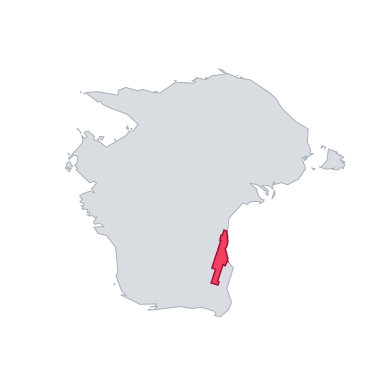 location of Dundas, Western Australia, Australia, rotated 288°
{"feature_id": "25037944B97036074912579", "entity_name": "Dundas", "entity_type": "district", "adm_level": 2, "iso_a3": "AUS", "parent_name": "Australia", "parent_adm1": "Western Australia", "projection": "equal_earth", "projection_center": [126.268, -32.126], "detail": "fine", "context": "in_parent", "style": "filled", "palette": "rose", "viewbox_px": 384, "rotation_deg": 288, "n_neighbors": 0, "source": "geoboundaries", "source_scale": "gbopen_adm2", "svg_char_len": 6008}
<svg xmlns="http://www.w3.org/2000/svg" viewBox="0 0 384 384"><g transform="rotate(288 192 192)"><path d="M258.1,70.9L261.3,91.6L266.0,90.6L271.0,96.7L271.5,109.3L274.4,113.7L274.8,125.3L276.7,131.3L291.3,142.5L296.2,160.6L297.9,161.6L298.3,158.3L301.4,161.6L302.0,160.0L302.8,169.2L304.6,171.9L308.6,174.8L315.8,190.1L314.7,200.3L316.7,212.4L310.6,234.8L306.9,242.9L299.0,252.0L290.7,269.8L287.8,283.0L275.5,286.1L269.0,291.7L265.2,292.2L266.0,295.4L260.6,290.7L261.5,289.6L261.2,288.5L260.1,288.4L258.0,290.5L256.7,289.2L259.2,287.3L258.0,285.8L249.6,292.9L237.5,289.4L228.5,280.8L228.5,274.0L224.4,267.8L226.3,268.0L226.3,266.2L219.7,268.0L221.9,263.4L219.7,256.7L217.0,264.4L212.1,265.1L213.0,262.6L215.3,262.5L219.0,252.0L218.4,244.0L214.8,252.4L209.8,255.6L206.4,260.6L206.8,263.1L204.9,262.8L201.9,260.0L203.8,259.9L202.6,255.0L199.8,249.4L197.3,248.7L197.1,243.8L178.6,235.3L147.0,241.7L137.0,247.5L132.6,254.7L110.8,255.1L99.2,263.7L91.2,263.1L82.0,257.4L81.6,251.5L83.9,252.5L85.6,248.9L85.3,236.9L81.2,227.8L79.4,216.2L68.1,191.9L72.3,194.5L69.6,187.1L71.5,191.5L74.6,192.8L69.1,177.4L72.2,155.9L73.1,161.0L76.5,155.4L88.8,145.6L93.2,146.1L115.8,136.6L124.2,123.9L123.6,115.6L128.1,109.6L131.9,118.9L133.9,113.7L131.4,110.0L132.1,107.8L139.6,109.3L137.2,108.4L138.8,104.7L137.4,101.5L141.4,101.0L140.0,98.6L143.3,98.3L142.2,94.8L145.0,90.8L145.3,93.2L147.6,92.9L147.8,88.4L151.1,90.0L153.2,86.4L156.8,88.9L161.5,95.1L160.7,100.1L163.9,95.3L170.7,98.4L172.1,95.8L169.1,92.0L177.2,75.0L178.8,76.1L181.5,71.9L182.4,73.7L190.7,72.4L190.5,68.2L185.0,65.2L185.9,64.2L205.6,73.0L211.4,69.8L209.9,73.1L212.3,75.0L215.3,70.9L217.9,74.3L214.7,81.9L211.2,82.6L211.3,88.0L208.0,96.6L225.6,112.0L230.4,113.5L231.8,117.2L239.8,119.8L245.9,106.4L246.8,86.9L247.9,79.5L249.9,77.7L248.5,74.3L253.7,60.1L258.1,70.9ZM255.2,307.0L264.0,310.7L275.1,308.4L274.8,318.5L274.2,316.7L272.9,318.9L271.9,325.5L268.3,322.8L265.3,328.9L260.7,328.4L261.8,326.7L258.0,323.8L256.9,318.7L258.6,319.6L255.0,312.4L255.2,307.0ZM175.7,64.3L181.4,64.3L183.1,66.4L179.3,70.7L175.7,64.3ZM209.9,270.2L219.3,269.9L215.2,271.7L209.9,270.2ZM216.2,86.9L217.3,91.1L213.7,90.4L214.4,87.4L216.2,86.9ZM315.4,188.3L315.5,183.7L317.2,179.8L317.5,182.6L315.4,188.3ZM273.3,300.9L276.3,301.8L276.3,303.2L273.3,300.9ZM175.1,65.5L177.1,69.7L173.5,69.4L175.1,65.5ZM252.3,301.6L250.6,301.2L251.8,298.7L252.3,301.6ZM234.9,110.3L233.1,111.5L231.4,112.2L232.3,109.8L234.9,110.3ZM68.1,190.8L66.7,188.6L66.5,186.5L66.7,186.4L68.1,190.8ZM275.4,304.6L276.5,305.6L274.3,304.8L275.4,304.6ZM304.0,169.8L305.3,169.8L305.1,171.8L304.0,169.8ZM275.2,125.1L276.7,126.4L276.4,127.1L275.2,125.1ZM267.9,326.4L267.8,328.0L266.7,327.5L267.9,326.4ZM316.5,202.0L316.4,204.5L316.2,204.5L316.5,202.0ZM190.2,64.1L189.3,62.9L189.9,62.3L190.2,64.1ZM216.7,64.3L215.3,66.4L217.0,62.7L216.7,64.3ZM317.0,199.0L316.3,199.8L316.8,198.9L317.0,199.0ZM218.2,102.9L217.4,103.4L217.9,102.3L218.2,102.9ZM213.4,86.8L212.4,87.0L213.1,85.7L213.4,86.8ZM80.8,145.7L80.5,147.3L80.1,147.2L80.8,145.7ZM252.0,59.1L252.0,60.5L251.6,59.5L252.0,59.1ZM260.1,289.1L260.3,289.9L260.0,289.6L260.1,289.1ZM215.0,67.0L213.1,68.5L215.0,66.7L215.0,67.0ZM142.3,92.7L141.6,93.7L142.0,92.5L142.3,92.7ZM268.6,325.2L268.0,325.6L268.4,325.0L268.6,325.2ZM233.9,115.2L232.9,115.2L233.5,114.3L233.9,115.2ZM138.5,100.3L138.0,100.9L137.9,99.5L138.5,100.3ZM273.4,321.8L272.6,322.2L272.9,321.3L273.4,321.8ZM252.8,55.1L252.6,56.1L252.1,55.6L252.8,55.1ZM259.6,290.1L260.3,290.9L259.0,290.7L259.6,290.1ZM293.1,142.4L292.4,142.4L292.7,141.3L293.1,142.4ZM297.8,158.2L297.4,158.2L297.7,157.3L297.8,158.2ZM255.7,305.7L255.4,306.4L255.3,305.6L255.7,305.7Z" fill="#d9dde1" stroke="#a8b0b8" stroke-width="1"/><path d="M165.7,234.2L160.0,234.2L160.0,233.0L158.2,233.0L156.2,233.2L156.2,233.5L154.6,233.5L154.6,234.4L152.5,234.4L149.0,234.4L145.2,234.4L145.2,234.6L142.0,234.6L142.0,234.4L138.6,234.4L135.5,234.4L129.4,234.4L125.7,234.4L125.8,238.3L118.7,238.3L114.5,238.3L111.4,238.3L111.5,245.5L114.8,245.5L114.8,243.9L116.0,243.9L117.5,243.9L119.3,243.9L122.0,243.9L122.9,243.9L123.5,243.9L132.4,243.9L132.4,245.0L132.2,245.0L132.2,246.5L136.8,246.5L136.8,247.7L137.0,247.5L137.1,247.4L137.4,247.2L137.7,247.1L137.9,247.0L138.2,246.9L138.3,246.9L138.5,246.8L138.8,246.8L139.0,246.8L139.1,246.7L139.5,246.7L139.8,246.6L140.0,246.6L140.2,246.4L140.3,246.4L140.5,246.3L140.6,246.2L140.8,246.1L141.0,245.9L141.1,245.7L141.3,245.6L141.5,245.5L141.5,245.4L141.7,245.2L141.8,245.2L142.1,245.1L142.3,245.0L142.3,244.9L142.5,244.8L142.6,244.7L142.8,244.6L143.0,244.5L143.1,244.4L143.3,244.3L143.4,244.2L143.5,244.2L143.9,244.1L144.0,244.1L144.4,243.9L144.6,243.8L144.7,243.7L144.8,243.7L145.0,243.5L145.1,243.4L145.3,243.3L145.3,243.2L145.5,243.0L145.6,242.9L145.8,242.8L145.9,242.7L146.0,242.6L146.2,242.4L146.3,242.3L146.4,242.2L146.5,242.2L146.8,242.1L146.9,241.9L147.0,241.9L147.2,241.7L147.3,241.7L147.5,241.6L147.8,241.5L148.0,241.6L148.3,241.4L148.5,241.3L148.8,241.2L148.9,241.3L149.0,241.3L149.4,241.4L149.5,241.5L149.8,241.6L150.1,241.6L150.3,241.7L150.8,241.8L151.0,241.8L151.4,241.8L151.5,241.8L151.8,241.8L152.0,241.8L152.1,241.7L152.4,241.7L152.5,241.7L152.6,241.8L152.7,241.7L152.8,241.7L152.9,241.8L153.0,241.8L153.3,241.8L153.3,241.7L153.5,241.7L153.8,241.7L154.0,241.6L154.3,241.6L154.5,241.6L154.8,241.6L155.0,241.5L155.3,241.5L155.4,241.4L155.5,241.4L155.8,241.3L156.0,241.3L156.0,241.2L156.3,241.2L156.5,241.1L156.8,241.0L156.8,240.9L157.0,240.8L157.2,240.7L157.3,240.7L157.7,240.5L157.8,240.5L158.0,240.4L158.3,240.3L158.6,240.3L158.7,240.2L158.8,240.2L159.0,240.2L159.4,240.1L159.5,240.0L159.8,239.9L160.0,239.8L160.2,239.7L160.3,239.7L160.5,239.6L160.8,239.5L161.0,239.4L161.3,239.3L161.3,239.2L161.5,239.2L161.8,239.0L162.0,238.9L162.3,238.8L162.4,238.7L162.5,238.7L162.8,238.5L162.9,238.4L163.0,238.4L163.3,238.2L163.5,238.2L163.8,237.9L164.1,237.7L164.3,237.5L164.5,237.4L164.8,237.3L164.8,237.2L165.0,237.1L165.3,237.0L165.4,236.9L165.7,236.9L165.7,234.2Z" fill="#f43f5e" stroke="#9f1239" stroke-width="1.5"/></g></svg>